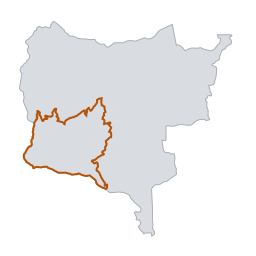 Democratic Republic of the Congo, with Équateur highlighted, rotated 268°
{"feature_id": "COD-1461", "entity_name": "Équateur", "entity_type": "Province", "adm_level": 1, "iso_a3": "COD", "parent_name": "Democratic Republic of the Congo", "parent_adm1": "", "projection": "orthographic", "projection_center": [21.263, 1.316], "detail": "fine", "context": "in_parent", "style": "outline", "palette": "amber", "viewbox_px": 256, "rotation_deg": 268, "n_neighbors": 0, "source": "natural_earth", "source_scale": "10m", "svg_char_len": 8883}
<svg xmlns="http://www.w3.org/2000/svg" viewBox="0 0 256 256"><g transform="rotate(268 128 128)"><path d="M230.0,175.8L209.0,179.2L209.4,180.4L209.2,181.6L208.7,182.6L206.5,185.2L203.3,187.6L203.2,188.2L204.8,190.8L205.7,194.4L205.3,200.8L205.7,202.6L205.6,203.9L204.5,205.4L202.2,213.1L203.5,216.8L207.5,220.2L209.8,222.8L213.9,223.7L214.5,223.5L214.8,221.4L218.0,220.6L217.6,234.1L217.3,234.9L216.7,235.1L216.0,234.6L215.8,233.3L215.0,232.8L211.0,234.5L210.0,234.4L208.9,234.1L208.1,233.5L207.9,232.4L205.3,228.5L203.9,228.2L202.5,224.7L196.4,222.1L194.0,221.9L192.8,221.1L191.6,218.3L189.6,216.5L189.1,214.5L188.7,214.2L187.5,214.6L186.3,217.8L184.9,218.5L182.3,218.6L175.9,217.7L171.4,216.1L170.2,216.2L168.4,214.7L167.7,212.3L168.1,210.4L167.8,210.1L160.8,211.7L159.1,212.7L157.5,212.4L157.0,211.9L157.7,210.6L157.4,209.2L156.9,208.5L154.8,208.0L154.2,206.5L152.9,206.3L152.5,206.5L152.1,207.5L151.4,207.9L147.2,207.4L142.8,208.7L137.0,208.4L134.2,210.0L133.8,209.9L133.2,209.1L132.7,206.5L133.0,205.8L133.8,205.3L134.1,204.3L133.9,201.6L134.1,201.0L133.8,199.4L132.9,196.9L131.7,194.9L129.1,191.9L128.6,190.5L128.8,187.1L129.6,181.7L129.5,177.7L128.4,175.1L128.2,172.3L128.9,167.2L128.2,166.0L114.8,165.6L114.3,165.2L114.0,164.5L114.6,161.5L106.4,162.3L104.0,162.8L102.5,164.1L102.0,165.6L102.0,167.8L100.7,169.9L100.4,173.4L98.1,173.8L95.9,173.8L91.5,173.1L87.3,174.1L85.2,175.0L84.1,174.6L80.3,174.9L79.8,174.6L75.4,167.6L73.5,165.3L73.1,164.2L73.2,163.1L72.7,161.6L70.6,158.0L70.3,156.4L70.3,153.7L70.1,152.8L68.2,150.6L67.0,149.8L65.7,149.4L43.8,149.7L36.6,149.2L31.4,149.5L28.7,149.3L28.0,149.0L25.6,149.5L24.4,150.4L22.5,150.9L21.3,150.7L19.0,148.1L22.1,147.6L22.3,147.4L22.4,141.1L21.6,140.2L23.2,139.2L25.9,136.4L28.4,135.4L28.8,134.9L29.3,134.9L30.3,136.1L32.5,137.6L35.3,136.3L35.6,135.9L35.9,133.2L36.6,133.0L37.8,133.5L38.5,133.6L39.7,132.8L43.2,131.4L44.3,133.2L43.3,134.7L43.7,135.8L43.9,137.5L44.4,137.9L47.2,138.1L48.1,137.7L53.6,131.6L55.0,130.8L57.4,128.4L60.5,127.3L61.8,125.4L63.6,121.9L64.3,116.9L64.0,108.3L64.3,107.1L68.0,103.3L71.9,96.2L74.5,94.3L76.5,93.6L79.5,91.0L81.9,88.4L81.6,85.3L82.1,82.7L83.5,79.4L83.9,75.9L83.4,72.2L83.6,69.2L85.4,64.4L85.6,58.9L87.2,54.3L90.4,48.4L92.0,44.1L91.7,39.7L92.1,36.6L92.0,34.7L91.4,33.1L91.7,32.1L92.9,31.6L94.4,30.0L97.1,25.8L100.1,23.7L102.1,23.1L104.2,23.2L105.6,23.5L107.8,25.2L110.4,26.5L112.3,28.2L114.2,30.7L118.8,31.3L120.7,32.2L121.9,32.6L122.4,32.3L123.3,32.5L125.5,33.2L127.2,32.8L135.6,34.5L136.6,33.7L138.9,29.2L140.7,27.7L143.6,27.6L145.8,28.4L147.0,28.4L157.4,24.6L158.7,24.4L162.5,25.3L164.9,24.7L165.9,24.9L168.0,24.2L169.7,21.6L171.2,20.9L186.0,23.8L188.3,22.4L189.3,22.2L192.6,23.2L193.6,24.8L195.6,26.2L197.1,28.5L199.3,29.8L200.4,31.1L201.7,31.9L204.4,32.2L207.8,30.1L210.2,30.3L212.6,31.5L213.5,31.4L215.3,30.2L216.2,28.9L217.2,28.6L218.6,29.1L219.8,30.4L220.8,32.1L224.5,36.1L228.1,37.8L229.0,40.2L230.3,40.0L231.0,40.2L231.9,41.7L232.5,42.0L232.7,42.7L231.8,44.1L231.0,46.9L232.1,48.6L231.2,51.1L230.8,53.6L231.9,54.3L233.4,54.2L234.8,55.5L235.9,55.8L237.0,57.2L236.7,58.3L233.2,62.5L228.0,67.7L226.2,68.3L225.3,69.2L224.6,70.7L223.1,72.0L221.9,72.5L221.8,76.2L220.0,80.0L219.4,80.8L218.4,87.1L218.6,88.1L217.6,93.2L217.7,97.9L215.1,99.4L213.4,101.8L212.6,103.4L212.6,107.2L209.7,109.6L209.5,110.1L210.2,112.9L211.2,113.3L211.3,114.2L213.6,117.1L213.4,126.1L213.5,126.9L214.7,129.1L215.5,133.1L214.5,138.3L217.6,147.7L216.1,151.1L216.8,154.4L218.6,157.9L223.0,161.3L224.2,162.7L225.3,164.6L226.3,167.5L230.0,175.8Z" fill="#d9dde1" stroke="#a8b0b8" stroke-width="1"/><path d="M78.0,92.7L80.2,90.0L80.7,89.5L80.9,89.2L81.6,88.5L81.9,88.1L81.8,86.1L81.5,84.9L81.5,84.4L82.0,82.2L83.1,79.3L84.1,77.9L84.2,76.4L84.0,76.0L83.8,75.9L83.5,75.1L83.7,73.6L83.3,72.1L83.4,71.2L83.2,70.4L83.5,69.7L83.8,69.4L84.3,68.6L84.3,68.4L84.4,67.7L84.8,66.4L84.9,65.7L85.6,64.2L85.5,60.7L85.7,59.7L85.6,59.2L85.7,58.1L85.6,57.2L86.1,56.0L86.5,55.4L87.1,54.6L87.5,53.3L88.3,52.5L88.4,52.4L89.3,50.9L89.6,50.1L89.7,49.6L90.2,48.6L90.9,46.8L91.0,46.6L91.8,46.1L92.1,45.5L92.2,43.8L92.1,42.4L91.6,39.4L91.9,38.0L91.9,37.2L92.2,36.5L92.3,35.5L92.1,34.5L92.0,34.1L91.4,33.0L91.1,32.7L91.1,32.3L91.2,32.0L91.5,31.8L91.9,31.9L92.4,31.9L93.1,31.7L93.5,31.4L93.8,31.1L94.4,29.6L94.6,29.2L95.0,28.9L95.2,28.6L95.5,28.4L95.9,27.7L96.5,27.3L96.6,26.8L96.9,26.5L97.1,25.8L97.7,25.2L97.9,25.2L98.6,25.1L99.1,24.4L99.6,24.2L100.6,23.5L101.0,23.1L101.3,23.0L102.3,23.0L102.9,22.8L103.3,23.0L104.7,23.0L105.3,23.2L106.0,23.5L106.6,24.5L107.9,24.9L108.8,25.5L109.8,26.0L110.5,26.8L111.7,27.2L112.1,27.7L112.4,28.3L112.6,28.4L113.1,28.9L113.1,29.1L112.9,29.7L113.0,30.0L114.5,31.3L115.7,31.2L116.6,31.2L116.9,31.2L117.4,30.9L117.8,30.8L118.9,31.1L120.2,31.5L120.6,32.1L121.0,32.3L121.1,32.5L121.5,32.6L122.0,32.6L122.3,32.3L122.6,32.2L123.6,32.9L123.9,32.9L124.7,33.0L125.0,33.2L125.5,33.2L126.6,32.7L126.8,32.7L127.8,32.7L128.2,32.9L128.7,32.9L129.3,33.3L129.5,33.3L130.2,33.4L130.8,33.2L131.4,33.5L132.3,33.7L132.5,34.0L133.2,34.3L134.3,34.6L135.6,34.5L136.0,34.4L136.5,34.6L137.1,34.8L138.7,36.1L139.5,36.3L139.6,37.0L140.4,37.6L141.2,37.7L142.0,37.5L142.1,37.3L142.7,37.7L143.1,37.4L143.6,37.3L144.0,37.2L144.2,37.3L144.6,37.4L144.8,37.5L145.1,37.6L145.4,37.9L146.1,38.1L146.3,38.2L147.0,37.9L147.7,38.1L148.1,38.1L148.1,38.6L147.9,39.1L147.4,39.5L146.8,40.2L146.5,40.5L146.2,40.5L145.7,40.2L145.1,40.2L144.5,39.8L144.2,39.8L143.9,40.1L142.7,41.2L142.3,41.4L141.5,41.3L140.6,41.8L138.6,42.4L138.2,42.8L138.0,43.1L138.0,43.4L138.1,43.6L138.3,43.9L139.5,44.2L139.8,44.5L140.0,45.2L139.8,46.8L139.9,47.2L140.1,47.6L140.4,47.6L140.6,47.5L141.8,46.2L142.3,45.7L142.7,45.6L143.0,45.7L143.1,45.8L143.2,46.3L143.2,46.7L142.6,47.8L142.5,48.5L142.1,49.2L142.3,50.5L141.9,51.4L142.1,51.8L142.7,52.7L143.2,53.1L143.8,53.3L145.9,52.9L146.2,53.0L146.4,53.1L147.2,53.9L148.5,54.6L149.5,55.3L149.7,55.8L149.7,56.8L149.4,57.0L148.2,56.5L146.3,56.2L144.9,57.2L143.8,57.8L143.4,58.0L142.9,57.8L142.2,57.0L141.9,57.3L141.6,57.4L141.6,57.7L141.5,57.9L141.0,58.0L141.0,58.3L140.8,58.4L140.7,58.5L140.4,58.7L140.2,58.7L139.5,59.0L139.2,58.7L138.9,58.7L138.4,58.0L137.8,57.8L137.5,57.7L137.4,57.8L137.5,58.4L137.5,58.7L136.7,60.3L136.4,62.1L136.2,62.6L135.8,63.2L134.7,63.9L134.4,64.2L134.1,64.8L134.5,64.8L134.8,64.9L135.0,64.8L135.8,65.0L136.1,65.2L136.4,65.3L137.1,65.6L138.1,66.6L138.6,67.9L139.2,68.7L139.8,70.0L140.2,70.6L140.2,70.9L140.2,71.2L140.2,71.8L140.7,73.0L140.6,74.1L140.8,74.5L141.4,75.2L141.7,76.6L142.0,77.4L142.3,77.8L143.3,79.0L144.0,80.3L145.2,81.7L146.9,84.3L147.0,84.6L147.0,85.0L146.9,85.1L146.2,85.3L145.7,85.7L145.2,85.7L144.2,85.3L143.8,85.4L143.4,85.6L142.1,86.8L144.5,87.0L144.8,87.1L145.2,87.7L145.4,87.8L145.7,87.8L147.4,87.2L147.8,87.5L148.9,88.9L149.4,89.3L149.5,89.6L149.2,89.7L148.0,90.1L146.6,91.2L146.5,91.5L146.7,91.8L147.0,92.1L148.9,93.6L149.8,94.1L150.6,94.5L150.9,94.9L151.1,95.4L151.3,95.7L151.9,96.0L153.6,97.4L154.6,97.9L155.2,98.1L156.9,98.0L157.2,98.1L157.3,98.2L158.1,99.7L158.3,100.4L158.7,102.7L154.8,102.2L154.0,102.3L153.7,102.4L151.8,102.5L151.5,102.6L151.4,102.9L151.3,103.8L151.2,103.9L151.0,104.1L150.6,104.3L150.4,104.6L150.2,105.3L149.1,105.2L148.6,105.2L145.3,105.8L144.9,106.0L144.6,105.9L143.9,104.7L143.4,104.5L143.0,104.4L142.5,104.4L141.6,104.7L141.2,104.1L140.2,103.5L139.6,103.4L138.7,102.9L138.2,103.0L138.0,102.9L137.8,103.2L137.1,104.3L136.7,104.6L136.3,104.7L134.6,104.6L132.9,104.1L132.7,104.2L132.8,104.6L133.2,105.6L133.4,107.2L134.2,109.8L134.1,110.2L134.0,110.3L133.7,110.5L133.3,110.5L133.0,110.2L132.9,109.9L133.0,109.0L132.9,108.7L132.7,108.5L132.4,108.4L132.1,108.6L131.7,109.0L131.3,109.4L130.5,109.9L129.8,110.7L128.8,111.2L128.2,110.9L127.9,110.7L127.2,110.4L126.7,110.0L126.2,109.9L125.6,109.3L125.3,109.3L124.8,109.0L124.7,109.1L124.5,110.4L124.1,110.7L122.3,111.0L121.4,111.0L119.4,110.8L119.3,109.9L119.1,109.4L115.7,105.4L115.4,105.4L115.1,105.6L114.1,105.5L113.0,106.1L112.7,106.1L111.7,105.7L111.0,105.5L110.3,104.8L109.9,104.5L108.9,104.5L107.8,104.5L106.9,104.4L106.5,104.0L105.7,102.0L104.9,101.4L104.6,101.3L104.4,101.3L103.2,102.8L102.5,102.8L102.2,102.6L102.1,101.9L101.7,100.5L100.5,98.6L100.0,97.3L99.6,96.8L98.7,95.8L97.2,93.6L97.0,92.5L97.0,92.0L96.8,91.4L96.6,91.0L96.3,90.8L96.1,90.7L95.9,90.8L95.7,91.4L95.5,91.7L94.9,92.1L94.2,92.4L93.9,92.8L93.9,93.9L94.2,94.3L94.7,94.8L94.8,95.1L94.8,95.4L94.3,96.1L94.1,96.3L93.6,96.4L92.7,96.3L91.4,96.7L90.8,96.7L89.8,96.3L88.8,95.4L87.0,95.1L86.5,95.2L86.0,96.0L85.6,96.6L85.0,97.2L84.0,97.9L83.5,98.1L82.1,98.5L81.1,99.1L79.8,99.4L79.3,99.7L75.4,101.9L74.2,102.9L73.3,102.9L71.2,102.7L71.1,102.9L71.2,103.2L71.9,103.6L72.1,103.8L72.1,105.1L69.0,105.0L68.2,103.9L67.8,103.5L68.7,102.3L68.9,102.0L69.0,101.1L69.1,100.7L69.7,99.6L70.1,99.1L71.4,96.7L72.2,96.0L73.3,94.8L73.5,94.7L74.5,94.5L75.3,94.2L76.1,94.0L76.8,93.8L77.1,93.4L77.5,93.2L78.0,92.7Z" fill="none" stroke="#b45309" stroke-width="2"/></g></svg>